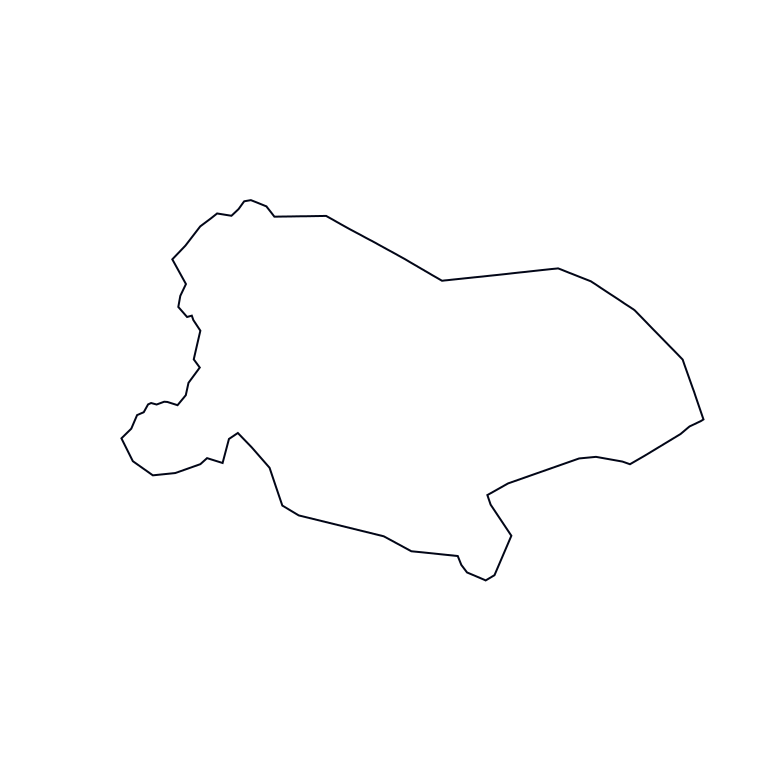 the district of Ad Diwaim, White Nile, Sudan, rotated 138°
{"feature_id": "16777658B64603280901749", "entity_name": "Ad Diwaim", "entity_type": "district", "adm_level": 2, "iso_a3": "SDN", "parent_name": "Sudan", "parent_adm1": "White Nile", "projection": "mercator", "projection_center": [31.891, 13.947], "detail": "fine", "context": "isolated", "style": "outline", "palette": "ink", "viewbox_px": 768, "rotation_deg": 138, "n_neighbors": 0, "source": "geoboundaries", "source_scale": "gbopen_adm2", "svg_char_len": 2554}
<svg xmlns="http://www.w3.org/2000/svg" viewBox="0 0 768 768"><g transform="rotate(138 384 384)"><path d="M440.2,170.7L439.9,170.0L429.8,168.0L390.9,186.0L385.5,223.0L381.5,232.3L358.3,227.1L288.8,198.1L275.2,188.0L258.7,166.8L254.9,159.8L238.4,156.3L197.1,148.4L187.5,148.1L185.3,148.0L173.2,144.4L170.3,143.9L160.6,166.6L158.7,170.9L157.4,174.2L147.8,197.4L145.7,202.3L145.8,205.2L146.3,218.4L146.4,220.1L147.2,240.1L147.4,244.4L147.6,249.9L147.9,258.7L148.4,271.2L148.5,271.6L148.6,272.1L148.9,273.5L149.1,274.0L149.3,274.9L149.6,276.1L150.8,280.5L151.5,283.1L153.3,290.4L153.7,291.9L154.8,296.1L155.7,299.4L156.9,304.0L158.3,309.4L158.4,309.7L160.3,317.3L161.2,320.5L161.5,321.8L161.8,322.4L165.5,329.8L167.4,333.6L171.0,340.9L171.7,342.2L175.7,350.4L177.3,353.5L178.1,354.0L182.4,357.2L191.8,364.0L201.8,371.2L203.1,372.1L207.6,375.4L208.0,375.7L214.4,380.3L219.6,384.0L224.3,387.4L226.8,389.2L233.1,393.8L237.7,397.1L238.4,397.6L245.2,402.6L248.1,404.7L252.9,408.2L255.8,410.3L263.9,416.2L267.8,419.0L268.7,419.7L269.8,420.5L270.4,420.9L271.8,421.9L272.7,424.7L273.6,427.5L275.4,432.9L276.1,435.2L277.5,439.6L277.9,440.7L278.2,441.9L279.0,444.2L279.8,446.8L280.2,447.9L280.7,449.7L280.8,450.0L281.1,450.8L282.7,455.8L283.0,456.7L284.7,462.2L285.2,463.7L285.8,465.4L286.9,468.6L287.4,470.0L288.1,472.2L288.4,473.0L291.3,481.2L295.2,492.4L295.6,493.7L296.9,497.3L297.0,497.7L298.2,500.8L299.7,504.9L301.8,510.9L303.4,515.2L304.0,516.9L305.9,522.1L306.1,522.7L306.9,525.0L308.4,529.4L309.4,532.3L309.7,533.3L310.5,535.6L312.0,540.2L314.1,546.3L314.5,547.6L319.2,551.7L322.3,554.4L330.0,561.1L330.2,561.3L332.9,563.7L336.0,566.4L339.1,569.1L342.0,571.6L345.6,574.8L353.3,581.5L353.5,581.7L353.1,586.7L353.0,588.1L352.6,594.1L352.5,594.7L352.9,595.4L353.8,597.3L357.2,604.3L359.9,609.7L360.5,610.1L365.6,613.3L366.3,613.2L375.0,611.3L383.6,611.1L384.8,611.1L385.7,612.2L389.4,616.8L393.6,622.0L393.9,622.4L394.0,622.4L401.9,622.9L415.1,624.1L439.0,619.7L457.9,618.3L464.3,590.8L476.4,585.8L485.3,578.9L485.5,565.6L481.1,563.4L482.9,559.1L484.8,546.5L497.4,537.7L508.9,529.6L509.9,519.5L528.5,515.7L538.8,508.3L551.6,506.4L557.0,515.6L559.2,517.9L566.7,520.9L569.8,525.7L573.0,526.7L581.4,523.8L588.3,526.1L601.7,519.9L615.5,519.3L622.3,494.7L616.9,470.8L598.7,457.5L574.1,447.3L565.1,447.3L556.8,433.3L536.0,446.9L525.4,445.4L524.7,425.4L525.1,398.3L533.0,380.1L540.9,361.7L535.3,343.4L486.1,271.0L475.6,241.4L468.2,233.3L444.3,206.8L447.6,197.8L448.4,188.4L441.9,174.5L440.2,170.8L440.2,170.7Z" fill="none" stroke="#020617" stroke-width="2"/></g></svg>